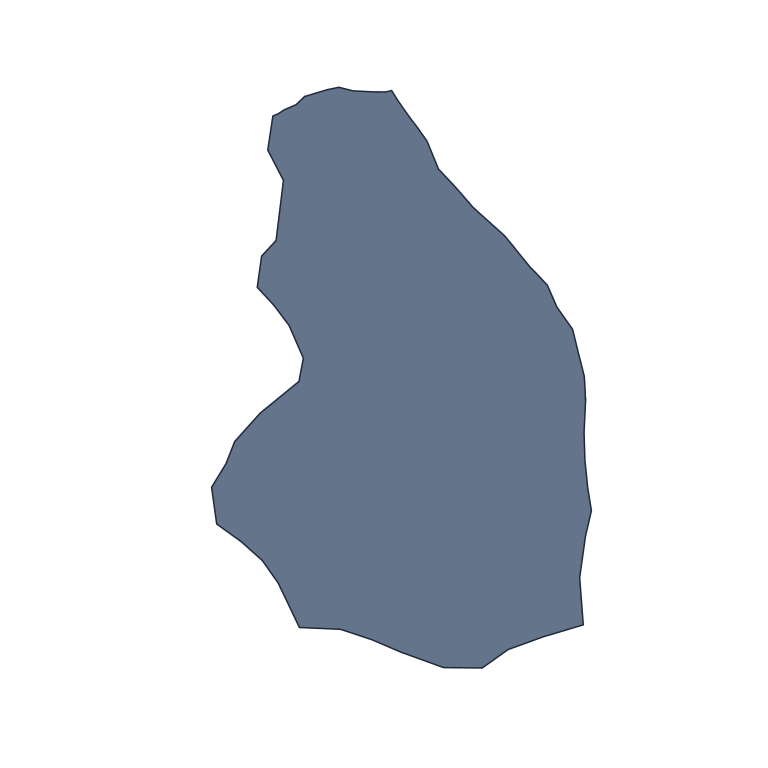 outline of Liopetri, Famagusta, Cyprus, rotated 166°
{"feature_id": "46923920B85903547273870", "entity_name": "Liopetri", "entity_type": "district", "adm_level": 2, "iso_a3": "CYP", "parent_name": "Cyprus", "parent_adm1": "Famagusta", "projection": "robinson", "projection_center": [33.886, 35.0], "detail": "fine", "context": "isolated", "style": "filled", "palette": "slate", "viewbox_px": 768, "rotation_deg": 166, "n_neighbors": 0, "source": "geoboundaries", "source_scale": "gbopen_adm2", "svg_char_len": 1128}
<svg xmlns="http://www.w3.org/2000/svg" viewBox="0 0 768 768"><g transform="rotate(166 384 384)"><path d="M525.0,168.2L485.6,156.5L457.9,139.0L432.3,119.6L394.8,94.4L357.4,84.7L327.8,96.3L290.3,100.2L248.9,102.1L241.0,148.7L225.3,187.6L213.4,210.9L211.4,234.2L207.5,261.4L201.6,288.6L191.9,320.8L192.2,320.8L190.0,331.0L187.8,343.0L187.8,355.7L187.9,367.8L187.8,378.9L187.8,391.5L197.3,416.0L197.7,417.0L198.1,419.8L201.6,440.3L209.0,453.7L214.1,462.4L221.7,478.5L225.4,486.8L230.1,496.5L231.3,498.9L250.7,527.6L252.4,530.2L254.9,534.0L255.2,534.4L256.4,536.9L264.7,553.3L270.8,564.6L279.1,579.3L283.5,609.4L287.5,619.5L288.7,622.8L291.5,629.4L293.8,634.7L297.9,645.0L299.1,648.1L300.9,653.0L301.9,655.5L305.6,666.9L311.5,666.9L324.6,670.3L343.0,675.9L356.0,682.8L367.7,683.3L391.5,682.2L401.7,676.3L414.4,674.2L421.3,671.8L427.0,670.9L440.2,639.1L432.3,605.9L454.0,549.4L471.8,537.7L483.6,508.5L471.8,487.0L461.9,463.6L456.0,428.6L465.9,407.1L511.2,385.7L542.8,364.3L556.6,344.9L576.3,325.5L580.2,288.6L560.5,265.3L544.7,242.0L534.9,216.7L530.9,197.3L525.0,168.2Z" fill="#64748b" stroke="#1e293b" stroke-width="1.5"/></g></svg>